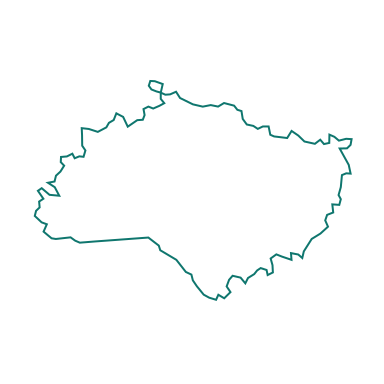 David Canabarro, Rio Grande do Sul, Brazil (Robinson projection), rotated 193°
{"feature_id": "56859067B20020049271411", "entity_name": "David Canabarro", "entity_type": "district", "adm_level": 2, "iso_a3": "BRA", "parent_name": "Brazil", "parent_adm1": "Rio Grande do Sul", "projection": "robinson", "projection_center": [-51.809, -28.414], "detail": "fine", "context": "isolated", "style": "outline", "palette": "teal", "viewbox_px": 384, "rotation_deg": 193, "n_neighbors": 0, "source": "geoboundaries", "source_scale": "gbopen_adm2", "svg_char_len": 1935}
<svg xmlns="http://www.w3.org/2000/svg" viewBox="0 0 384 384"><g transform="rotate(193 192 192)"><path d="M53.8,278.5L60.4,275.1L65.7,277.8L71.0,278.8L69.3,270.7L74.2,268.4L78.8,271.8L83.1,266.6L93.8,266.5L101.1,270.9L108.7,273.9L111.4,266.0L119.1,265.2L124.5,264.6L128.6,265.4L132.1,273.1L137.7,271.8L142.1,268.3L147.1,270.2L153.8,270.1L159.0,274.6L162.0,282.0L166.3,282.3L170.4,285.6L180.8,285.9L185.8,281.1L193.3,280.9L200.7,277.6L210.8,277.6L224.8,280.9L230.1,286.1L235.3,282.2L239.9,280.8L244.8,281.8L243.4,275.7L239.0,272.3L243.2,268.6L248.6,264.6L253.7,265.4L257.9,261.9L255.5,256.3L256.2,251.3L261.5,249.7L269.3,241.2L276.0,249.7L283.4,251.6L284.5,244.5L288.5,240.7L290.0,235.7L297.3,229.4L306.7,230.2L313.8,229.4L311.9,222.6L309.4,212.4L305.2,208.5L305.6,201.9L309.8,201.4L313.9,198.5L317.2,202.4L321.9,198.5L327.5,196.7L326.6,191.6L322.5,188.9L324.8,182.3L328.2,177.3L328.3,171.3L334.4,168.6L326.8,165.8L320.5,158.5L330.2,157.2L339.3,161.9L342.4,158.5L335.3,152.0L338.8,148.3L337.0,142.7L339.7,138.6L339.8,133.3L331.7,128.6L326.2,127.9L327.7,120.0L322.6,117.4L318.4,115.3L314.1,115.6L300.1,120.5L294.9,118.3L289.9,117.4L274.4,122.3L266.6,124.7L224.3,137.8L212.3,132.3L209.8,128.1L192.0,122.4L180.0,112.7L174.0,111.4L171.3,106.1L166.0,101.2L157.5,94.6L151.5,92.9L144.3,92.4L143.2,97.8L136.7,95.7L132.0,103.1L137.0,107.8L136.1,114.8L133.6,119.5L125.4,119.5L119.5,115.0L118.1,120.8L112.9,126.0L110.9,130.2L108.0,133.3L101.8,132.8L99.6,128.1L95.1,131.8L97.1,138.8L100.4,144.9L95.8,150.2L89.9,149.3L79.8,148.3L81.8,154.7L74.4,155.0L69.7,152.5L69.7,159.3L64.8,173.2L57.5,180.4L51.7,188.8L55.8,194.3L55.2,200.1L49.8,203.8L52.5,211.5L45.6,212.6L45.4,218.5L48.5,222.0L48.1,230.2L49.7,242.2L45.9,244.9L41.6,245.6L45.4,253.7L57.9,267.6L50.8,269.4L48.1,273.6L48.4,279.4L53.8,278.5ZM244.8,281.8L244.8,290.6L253.2,291.6L257.6,290.8L258.0,285.8L254.6,282.8L249.3,282.0L244.8,281.8Z" fill="none" stroke="#0f766e" stroke-width="2"/></g></svg>